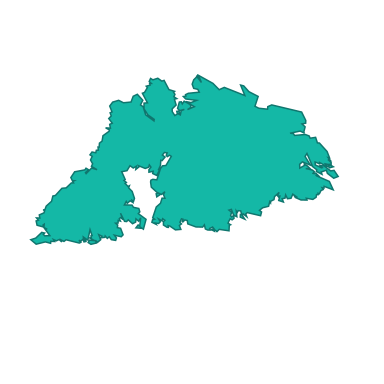 the district of Sveio nor, Hordaland, Norway, rotated 211°
{"feature_id": "86288312B67781995425218", "entity_name": "Sveio nor", "entity_type": "district", "adm_level": 2, "iso_a3": "NOR", "parent_name": "Norway", "parent_adm1": "Hordaland", "projection": "natural_earth1", "projection_center": [5.405, 59.605], "detail": "fine", "context": "isolated", "style": "filled", "palette": "teal", "viewbox_px": 384, "rotation_deg": 211, "n_neighbors": 0, "source": "geoboundaries", "source_scale": "gbopen_adm2", "svg_char_len": 6063}
<svg xmlns="http://www.w3.org/2000/svg" viewBox="0 0 384 384"><g transform="rotate(211 192 192)"><path d="M202.3,309.6L205.4,308.7L196.4,301.9L218.2,298.3L221.4,293.7L230.0,295.9L247.2,295.3L247.5,294.0L245.0,294.2L240.3,290.7L247.2,293.4L248.3,289.0L247.4,284.5L243.9,281.7L239.9,283.0L237.2,281.3L246.0,274.7L247.7,272.1L246.6,271.1L248.6,269.4L245.3,268.5L235.3,272.9L238.9,268.1L243.8,266.4L233.9,266.3L238.3,260.3L236.5,264.1L238.5,266.0L245.5,265.8L245.7,262.5L247.6,263.8L249.2,262.6L247.4,256.2L244.5,255.4L241.1,258.9L243.1,256.1L241.7,252.0L244.4,251.9L242.9,252.8L244.8,254.6L246.6,253.3L244.7,251.4L246.1,248.7L250.3,250.7L251.8,253.0L250.4,258.4L254.9,262.5L253.2,264.2L256.6,264.3L256.9,266.9L259.3,268.1L258.8,269.3L264.5,267.9L273.4,273.3L275.0,271.5L279.9,271.9L283.3,268.0L286.0,268.0L285.6,264.7L282.8,264.1L284.2,263.2L282.9,262.1L285.7,259.1L284.0,258.5L284.0,252.9L285.4,251.1L276.1,245.5L278.9,243.5L276.0,238.6L269.5,235.4L261.8,234.8L261.2,233.3L271.5,234.3L277.9,240.0L281.0,240.1L281.4,245.3L289.2,247.6L291.7,243.8L290.6,237.7L296.7,233.2L302.1,232.8L306.3,228.2L306.8,223.3L301.8,219.4L303.0,217.7L300.4,215.6L301.2,212.1L295.8,209.9L297.4,207.6L294.8,204.7L299.1,202.5L294.8,202.7L294.3,201.4L297.3,194.4L295.3,189.3L296.5,186.2L294.7,182.6L295.7,182.1L293.8,179.6L295.5,178.5L294.7,176.1L298.3,174.8L298.6,171.3L295.9,171.2L295.5,167.2L291.7,165.0L291.4,162.2L284.9,162.2L290.4,160.8L292.2,153.2L293.3,153.7L292.2,157.8L295.1,157.8L295.2,155.8L303.0,148.9L303.3,142.0L300.4,140.1L298.8,141.0L299.6,139.6L298.2,138.8L300.1,137.6L302.0,130.7L305.4,128.2L307.3,118.7L309.2,116.9L307.6,111.7L309.7,104.8L309.0,101.2L310.4,99.9L308.8,100.4L308.1,98.0L311.1,93.7L309.0,91.3L311.9,89.7L309.1,88.7L310.7,86.9L307.7,83.7L301.3,85.5L302.7,87.0L302.1,88.3L300.6,85.3L297.0,85.6L299.1,84.6L291.4,81.4L295.6,78.6L297.6,79.1L297.2,80.9L300.0,80.0L302.2,72.0L305.6,68.1L298.7,67.0L292.0,73.7L286.8,75.2L287.6,77.0L284.3,78.8L286.3,79.9L283.1,80.3L281.4,82.8L277.9,82.1L279.7,83.5L276.3,83.7L275.3,86.2L262.3,90.2L261.4,91.5L264.1,92.3L261.8,92.8L261.2,95.5L258.9,93.6L257.5,94.9L260.5,96.1L260.9,96.8L261.6,97.0L262.0,97.5L258.5,97.2L258.9,95.9L256.6,97.3L260.0,107.2L255.2,103.2L256.0,102.4L254.8,100.9L256.1,99.9L250.2,100.2L255.1,97.9L255.0,95.2L251.7,95.1L247.7,99.0L250.0,100.9L247.0,100.3L245.7,104.1L250.0,107.4L246.4,107.8L246.6,105.7L243.4,108.2L243.8,109.6L240.7,108.6L239.9,111.0L236.6,109.6L232.5,111.2L233.1,113.7L236.3,115.0L229.6,117.2L229.0,119.8L234.5,124.1L237.6,123.0L238.7,125.4L241.4,125.9L239.4,127.3L240.6,129.6L238.4,130.2L240.6,131.6L240.1,133.3L236.9,132.8L242.4,137.0L234.7,132.1L232.8,133.0L232.3,135.3L226.6,134.2L224.8,137.2L226.2,140.1L222.7,139.5L222.7,143.5L219.2,135.8L221.2,136.0L221.6,132.4L217.3,134.5L218.1,135.3L214.5,135.1L217.3,144.9L226.9,145.8L226.5,148.1L229.1,150.5L234.3,148.7L236.6,149.9L243.3,146.1L243.5,150.0L241.7,148.9L240.5,152.6L237.4,152.6L239.0,154.0L237.3,153.9L238.0,156.9L243.6,161.7L248.4,162.9L248.9,165.1L249.7,163.8L253.8,164.9L253.2,166.4L256.3,166.8L255.7,168.3L262.7,173.2L258.7,176.8L258.7,182.6L254.7,182.3L253.0,185.4L251.8,182.4L250.3,186.4L251.3,187.0L244.2,188.1L241.9,191.0L242.5,193.2L240.0,192.2L240.4,188.9L239.1,186.8L236.0,189.7L235.2,187.6L230.8,188.0L231.1,193.9L232.2,193.9L232.7,198.5L235.1,203.1L233.8,203.5L233.1,208.1L236.4,208.4L236.0,211.7L233.4,212.7L233.0,210.2L231.4,209.6L230.1,212.0L228.1,211.9L228.0,201.3L230.7,199.3L231.1,196.0L228.4,184.3L232.1,182.7L233.3,180.9L232.7,179.3L229.4,175.2L220.6,173.4L221.8,172.0L219.7,169.7L218.1,173.1L219.5,173.9L216.9,174.2L215.4,178.3L215.2,175.2L212.0,172.7L214.5,171.3L213.2,166.1L214.9,160.8L212.4,149.6L210.0,149.4L211.5,147.9L210.8,145.4L206.1,145.8L207.4,146.5L204.4,147.8L203.8,150.2L206.8,151.7L202.8,151.9L203.4,154.0L200.7,153.8L201.3,152.0L199.5,149.0L195.2,148.9L194.0,149.5L195.2,150.9L193.4,151.4L186.7,151.0L182.3,154.2L185.6,156.8L184.6,159.2L186.8,159.8L187.2,163.6L185.6,164.0L185.3,161.8L184.4,161.6L183.7,164.4L181.3,165.1L179.2,162.5L170.6,164.1L164.8,167.4L164.5,170.2L161.5,167.2L159.0,167.5L156.7,168.8L158.1,169.8L156.3,172.6L154.6,172.0L155.9,169.7L152.8,169.9L154.6,171.5L150.2,170.9L149.4,174.0L140.3,177.8L142.9,182.7L142.1,183.8L145.0,183.8L145.4,186.1L145.5,188.7L143.3,188.8L142.4,191.0L144.2,193.4L145.1,191.1L146.8,191.7L147.6,195.1L151.0,195.5L149.3,197.4L144.4,193.6L140.8,193.9L144.3,198.6L142.7,197.9L142.8,199.8L140.5,200.9L137.7,198.1L138.9,197.6L137.7,195.3L132.8,195.9L136.6,197.7L136.9,199.6L132.3,199.0L134.7,200.9L134.0,202.8L121.0,207.0L122.1,210.7L124.7,211.0L123.3,214.9L119.0,219.2L120.4,223.8L119.1,223.2L119.8,224.6L117.8,227.7L118.9,230.5L117.1,236.6L116.8,232.9L114.9,232.2L115.5,233.2L114.6,233.8L113.3,229.4L108.5,230.5L111.3,232.7L109.1,234.6L110.2,237.7L106.7,235.4L103.9,237.6L104.5,242.1L98.8,241.6L101.6,241.0L100.6,240.5L94.5,241.3L89.3,244.3L90.8,245.5L84.6,247.9L82.9,251.4L83.9,253.9L82.5,254.7L83.3,255.8L81.9,256.1L82.2,259.6L80.8,261.7L82.7,262.7L80.9,263.3L81.7,264.9L72.1,266.6L79.7,271.8L93.5,270.0L95.0,270.5L92.0,270.6L91.6,271.0L95.7,271.9L97.4,271.0L97.0,270.6L97.8,270.3L97.8,272.5L100.3,272.8L106.6,270.7L102.9,272.9L107.0,273.8L110.0,273.6L109.3,272.7L111.9,268.0L114.0,271.2L112.9,274.7L104.3,276.0L113.4,280.7L113.3,284.2L101.6,275.9L96.5,275.3L96.0,273.7L89.7,274.1L91.6,275.7L88.0,279.9L85.6,277.7L77.6,276.8L74.7,280.6L81.4,283.7L84.0,281.5L92.3,282.4L95.6,280.6L92.9,280.0L93.5,279.4L100.3,278.7L101.9,281.1L97.1,281.9L97.8,283.0L88.8,283.3L92.1,284.8L90.2,285.5L87.6,285.7L89.0,284.2L86.5,283.6L83.9,286.4L88.4,286.5L87.0,287.4L88.0,289.0L92.2,289.8L89.9,290.4L93.1,291.6L91.7,292.1L97.1,296.3L108.0,299.6L109.8,298.7L114.2,302.5L118.4,299.0L120.5,300.4L124.6,299.6L133.2,293.3L135.2,294.3L136.6,293.6L138.0,293.1L138.3,292.8L130.7,299.9L125.7,300.4L126.9,300.5L128.6,306.1L132.8,307.0L130.0,309.5L131.3,311.9L139.2,317.0L168.5,307.7L171.0,304.2L169.9,301.9L177.9,298.2L182.2,297.9L184.5,308.0L194.9,307.3L202.3,309.6ZM247.3,295.3L248.0,295.1L247.2,295.3L247.3,295.3Z" fill="#14b8a6" stroke="#0f766e" stroke-width="1.5"/></g></svg>